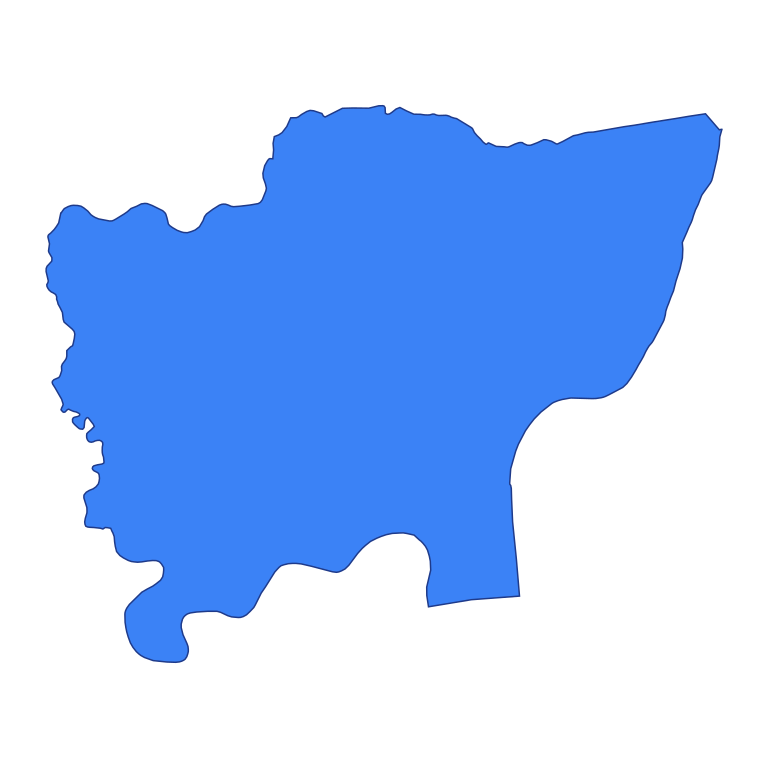 the district of Nga Son, Thanh Hóa, Vietnam
{"feature_id": "81297802B47963627673209", "entity_name": "Nga Son", "entity_type": "district", "adm_level": 2, "iso_a3": "VNM", "parent_name": "Vietnam", "parent_adm1": "Thanh Hóa", "projection": "mercator", "projection_center": [105.976, 20.004], "detail": "fine", "context": "isolated", "style": "filled", "palette": "blue", "viewbox_px": 768, "rotation_deg": 0, "n_neighbors": 0, "source": "geoboundaries", "source_scale": "gbopen_adm2", "svg_char_len": 5982}
<svg xmlns="http://www.w3.org/2000/svg" viewBox="0 0 768 768"><path d="M102.9,529.0L105.2,527.5L107.6,527.7L110.7,528.3L112.0,531.3L112.9,533.0L114.2,536.6L114.6,541.8L115.3,546.4L116.6,551.6L119.9,555.5L123.4,557.9L128.2,560.4L131.4,561.5L134.3,561.9L137.5,562.2L141.6,561.9L147.4,561.0L152.6,560.5L156.2,560.6L158.6,561.4L159.8,562.1L161.5,564.0L163.6,567.4L163.7,570.0L163.4,573.2L162.7,576.8L160.5,580.3L156.1,583.8L152.7,586.2L147.3,589.0L141.8,592.2L129.4,604.4L126.8,608.1L125.6,610.6L125.0,612.9L124.9,614.6L125.1,622.4L125.9,627.7L126.7,631.7L128.2,636.9L130.4,642.9L133.0,647.4L136.3,651.6L138.8,653.9L140.9,655.5L144.5,657.5L153.2,660.6L166.8,662.0L175.6,662.3L179.3,661.9L181.7,661.2L183.7,660.2L185.1,659.2L186.8,656.7L187.8,653.7L188.3,651.5L188.3,649.3L188.0,646.5L187.0,643.6L183.0,634.7L181.2,627.6L181.2,624.1L182.5,619.1L183.9,616.8L185.2,615.5L186.8,614.3L188.0,613.7L190.5,612.9L196.7,612.0L207.7,611.3L217.0,611.3L220.6,612.3L227.8,615.7L231.7,616.9L238.2,617.5L240.5,617.4L243.2,616.6L246.5,614.8L250.1,611.4L253.8,607.5L255.4,604.7L261.2,593.1L265.5,586.8L274.8,572.0L277.5,569.0L279.2,567.2L281.1,565.7L284.1,564.7L288.3,563.7L292.4,563.4L296.0,563.4L301.2,563.9L311.6,566.3L332.5,571.8L336.5,572.3L338.8,571.9L341.6,570.8L345.1,568.9L348.8,565.3L357.6,553.5L362.2,548.4L365.4,545.5L370.5,541.4L376.6,538.3L381.2,536.4L386.2,534.7L392.2,533.4L399.6,533.0L403.3,532.9L407.0,533.5L414.1,535.1L419.4,540.0L420.9,541.1L423.0,543.3L425.5,546.4L427.5,550.1L429.3,556.1L430.3,561.1L430.7,570.1L426.7,587.1L426.8,595.5L428.5,606.8L471.3,599.7L519.5,596.1L516.3,558.4L512.6,521.8L511.6,499.3L511.3,488.4L510.7,485.4L509.8,484.3L509.7,482.9L510.7,468.8L515.7,451.1L518.4,444.2L525.4,430.8L529.5,424.9L534.2,418.9L541.1,411.9L551.9,403.4L553.8,402.3L558.2,400.6L562.1,399.5L569.9,398.1L571.5,398.0L592.2,398.6L595.9,398.5L601.3,397.7L603.3,397.2L605.5,396.4L609.0,394.7L622.8,387.4L626.9,383.5L631.5,377.1L636.0,369.6L638.3,365.3L641.5,359.9L643.4,356.5L645.6,351.8L647.5,348.4L649.0,346.0L652.0,342.5L653.3,340.5L663.2,321.8L664.0,320.0L665.3,315.0L665.8,311.3L667.1,307.2L668.7,303.2L670.9,297.1L673.5,290.9L676.0,281.0L680.0,268.8L682.4,258.1L682.8,249.0L682.3,242.5L686.8,232.3L688.9,227.2L691.2,222.4L692.3,219.6L693.4,215.8L695.5,209.8L698.1,204.6L701.4,196.0L702.1,194.6L710.4,183.0L711.7,180.5L712.6,177.4L716.9,159.0L717.3,155.9L718.8,148.6L719.3,145.3L719.8,136.9L721.9,129.4L721.4,129.3L719.3,129.8L705.5,113.8L688.8,116.3L675.2,118.6L653.5,122.0L634.5,125.2L624.1,126.7L593.2,132.1L588.3,132.3L585.2,132.8L577.6,134.9L573.4,135.7L562.9,141.4L557.4,144.0L556.3,143.9L552.2,141.6L551.0,141.1L546.2,139.8L543.8,139.7L537.3,142.7L531.0,145.1L529.4,145.3L527.3,145.2L523.9,143.7L522.3,142.6L520.1,142.5L518.5,142.8L514.8,144.1L509.0,146.8L507.2,147.2L504.2,146.8L496.2,146.4L488.6,142.9L487.6,143.3L486.9,144.0L486.3,144.3L485.8,144.2L483.1,142.1L480.4,138.9L477.1,135.7L474.4,132.5L472.6,128.8L471.7,127.8L456.6,118.6L454.2,118.1L451.3,117.2L449.4,116.2L447.2,115.5L445.9,115.3L438.8,115.5L436.6,115.1L434.5,114.2L433.5,114.1L432.5,114.1L429.7,114.9L427.7,115.0L424.7,114.9L420.4,114.3L413.9,114.2L406.7,111.0L399.9,107.5L396.1,109.0L392.1,112.2L389.6,113.9L387.3,114.3L385.4,113.3L385.1,107.6L384.0,106.0L382.6,105.7L378.7,105.8L368.8,108.2L353.0,108.0L342.4,108.3L325.1,117.0L323.4,116.0L321.9,113.5L313.7,110.8L310.1,110.4L306.7,111.5L301.5,114.5L298.5,116.8L296.4,117.7L290.7,117.8L286.8,126.5L282.1,132.6L278.7,134.9L274.3,136.6L273.1,143.4L273.6,150.0L272.8,158.8L269.8,158.6L268.7,159.2L267.4,160.9L264.7,165.7L262.9,173.3L263.3,177.9L265.4,183.8L266.4,188.2L265.9,190.8L262.3,199.8L260.4,202.3L258.2,203.6L249.5,205.1L240.1,206.2L233.6,206.7L231.1,206.3L228.4,205.1L225.6,204.2L223.5,204.1L221.8,204.3L219.3,205.2L212.8,209.3L206.5,214.0L204.5,216.7L203.1,220.6L199.5,226.7L195.2,230.0L191.2,231.6L187.3,232.7L183.6,232.5L181.3,231.9L177.1,230.3L172.5,227.6L169.7,225.6L168.4,224.0L167.0,218.0L165.8,214.1L164.8,212.6L162.7,210.7L152.2,205.5L147.2,203.6L144.9,203.4L141.3,203.9L136.6,206.3L131.0,208.5L127.4,211.7L124.1,214.0L115.8,219.1L113.6,220.3L112.0,220.9L109.6,221.0L98.6,218.9L95.2,217.5L92.8,216.1L90.9,214.7L87.8,211.1L83.8,207.9L81.0,206.2L77.6,205.5L73.3,205.3L71.0,205.6L68.1,206.6L64.3,208.6L63.1,210.1L61.1,213.0L60.8,213.0L58.7,222.9L56.5,226.4L54.2,229.5L50.7,233.1L48.8,234.6L48.2,235.4L47.9,236.9L49.5,243.8L48.5,251.0L49.0,252.6L51.9,257.6L51.9,259.7L51.7,261.2L47.1,266.2L46.2,268.4L46.1,271.5L48.3,280.9L47.9,282.6L46.8,284.6L47.0,286.5L47.9,288.3L49.2,290.2L51.2,291.9L53.4,293.0L55.7,294.5L56.7,296.9L56.6,299.2L57.5,301.6L58.1,304.1L60.2,307.9L62.4,312.4L63.2,319.3L64.1,322.1L72.2,329.1L74.2,331.5L74.8,334.2L74.3,338.4L73.3,343.1L72.6,345.7L70.6,346.9L66.8,350.6L66.8,356.1L66.3,358.4L65.1,360.4L62.3,364.1L61.5,366.4L61.7,370.7L60.1,375.6L58.9,377.5L53.9,379.7L52.4,381.3L52.2,382.7L52.8,384.3L55.0,387.7L61.6,399.2L63.2,404.3L62.6,406.1L61.7,407.8L61.0,409.8L62.7,411.8L63.9,412.3L65.2,411.9L67.1,409.9L68.3,409.2L69.0,409.3L70.4,410.1L73.6,411.4L76.3,412.0L78.9,413.3L79.7,414.1L79.7,415.0L79.1,415.8L77.9,416.4L74.6,417.2L73.4,417.7L72.5,419.2L72.6,421.9L73.4,423.1L74.7,424.6L77.4,427.1L79.4,428.7L80.5,429.0L82.7,429.2L83.4,428.4L84.1,427.5L84.7,421.2L85.2,419.9L86.3,418.2L87.2,417.6L88.4,418.0L93.2,424.2L94.3,426.5L91.2,429.7L88.2,432.2L86.8,433.7L86.6,435.6L86.7,437.8L87.4,439.7L88.0,440.6L89.0,441.6L90.0,442.0L91.4,442.2L93.3,441.8L95.2,440.9L97.4,440.4L99.6,440.3L101.5,441.2L102.6,442.5L102.8,444.6L102.3,447.0L102.2,450.6L102.3,452.8L102.7,454.8L103.5,457.0L104.0,461.9L103.8,463.0L102.9,463.6L101.7,464.1L97.5,464.8L93.9,465.8L92.7,466.9L92.3,468.5L92.8,469.6L94.0,470.8L97.4,472.5L98.5,473.4L99.1,474.7L99.5,478.3L99.1,481.3L98.3,484.0L96.0,486.8L93.2,488.8L89.3,490.4L86.3,492.2L84.2,494.7L83.9,495.7L83.9,498.0L86.9,507.6L87.0,511.1L86.9,513.0L85.3,518.3L84.7,521.9L85.0,524.3L85.8,526.2L87.6,527.0L89.8,527.3L93.8,527.5L100.3,528.2L102.9,529.0Z" fill="#3b82f6" stroke="#1e3a8a" stroke-width="1.5"/></svg>